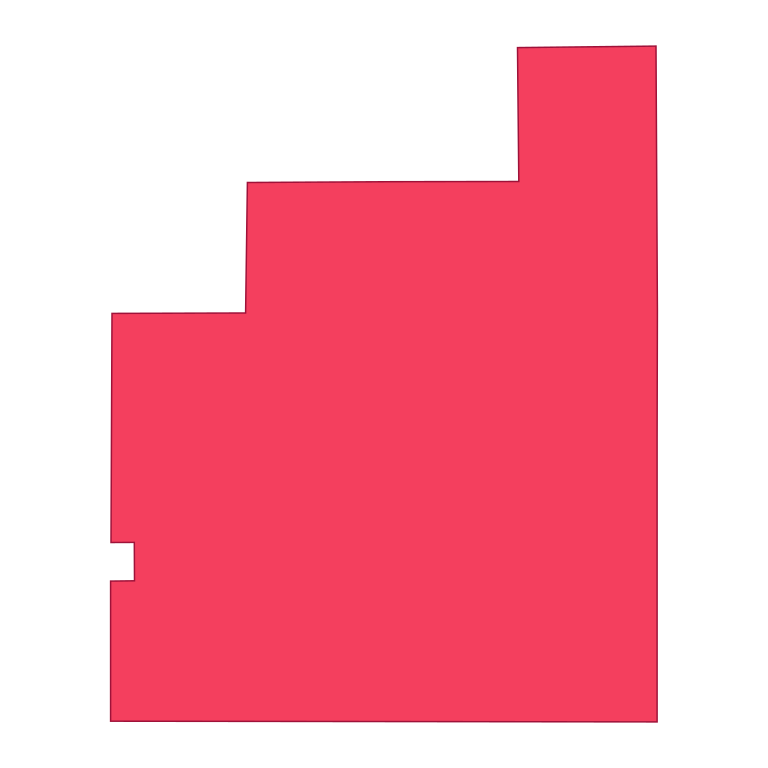 Geauga, Ohio, United States of America
{"feature_id": "52423323B9355871384257", "entity_name": "Geauga", "entity_type": "district", "adm_level": 2, "iso_a3": "USA", "parent_name": "United States of America", "parent_adm1": "Ohio", "projection": "equal_earth", "projection_center": [-81.207, 41.532], "detail": "fine", "context": "isolated", "style": "filled", "palette": "rose", "viewbox_px": 768, "rotation_deg": 0, "n_neighbors": 0, "source": "geoboundaries", "source_scale": "gbopen_adm2", "svg_char_len": 322}
<svg xmlns="http://www.w3.org/2000/svg" viewBox="0 0 768 768"><path d="M657.1,721.9L657.1,438.6L657.4,310.4L656.0,46.1L517.5,47.6L518.8,181.5L393.1,181.7L247.4,182.5L245.6,313.0L112.0,313.4L111.0,542.5L134.3,542.4L134.5,580.8L110.6,581.1L110.6,721.2L657.1,721.9Z" fill="#f43f5e" stroke="#9f1239" stroke-width="1.5"/></svg>